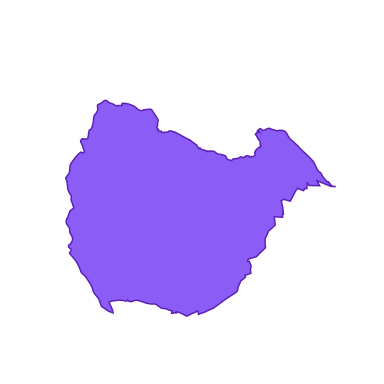 Doclin, Caras-Severin, Romania (Albers equal-area conic projection), rotated 159°
{"feature_id": "2599482B42660116166173", "entity_name": "Doclin", "entity_type": "district", "adm_level": 2, "iso_a3": "ROU", "parent_name": "Romania", "parent_adm1": "Caras-Severin", "projection": "albers", "projection_center": [21.618, 45.308], "detail": "fine", "context": "isolated", "style": "filled", "palette": "violet", "viewbox_px": 384, "rotation_deg": 159, "n_neighbors": 0, "source": "geoboundaries", "source_scale": "gbopen_adm2", "svg_char_len": 5979}
<svg xmlns="http://www.w3.org/2000/svg" viewBox="0 0 384 384"><g transform="rotate(159 192 192)"><path d="M255.7,298.5L256.3,297.7L257.6,295.8L258.1,294.6L258.5,293.7L259.0,292.8L259.6,291.9L260.1,291.1L260.7,290.2L262.0,288.6L263.6,286.9L265.6,286.6L266.8,285.1L267.6,283.6L268.4,282.1L269.3,280.6L270.2,279.2L272.4,279.5L275.6,281.1L277.6,279.9L277.9,278.5L277.8,276.6L277.7,274.7L277.7,272.8L277.8,270.9L278.0,269.2L278.4,267.7L279.8,267.5L280.2,268.0L280.7,268.4L281.2,268.8L281.7,269.1L283.1,268.6L284.5,268.0L285.9,267.4L287.2,266.7L289.6,265.4L292.8,263.3L294.5,262.2L296.0,260.9L299.6,253.9L300.8,253.0L302.1,252.2L303.3,251.4L304.7,250.7L305.0,249.2L305.0,246.1L306.8,239.9L306.8,238.8L306.9,237.6L306.9,236.5L306.8,235.4L306.7,234.6L306.0,232.1L307.8,227.6L307.8,225.7L307.8,223.7L307.9,221.8L308.0,219.9L308.7,219.0L309.8,218.9L310.9,218.7L311.9,218.3L312.9,217.8L314.0,216.6L315.1,215.4L316.1,214.1L317.0,212.7L318.1,212.3L319.4,210.8L319.7,210.3L320.0,209.7L320.2,209.1L320.4,208.4L320.5,207.7L320.4,206.6L320.1,205.5L319.8,204.4L319.4,203.3L319.6,201.1L320.6,198.0L320.0,193.6L320.1,191.2L321.5,189.1L324.3,186.9L325.7,186.8L326.6,186.2L326.8,185.0L326.6,184.2L326.3,183.5L325.9,182.7L325.4,182.0L325.5,180.9L326.1,180.4L326.8,179.9L327.5,179.5L328.2,179.2L328.1,178.1L325.0,169.1L324.2,162.7L324.3,157.4L323.8,155.4L321.6,151.0L319.8,142.3L319.6,140.5L319.5,138.6L319.6,136.8L319.8,134.9L319.4,132.0L317.8,127.2L317.4,125.3L317.5,117.6L312.4,110.4L309.0,107.4L308.8,108.7L308.6,109.9L308.5,111.1L308.5,112.4L308.5,112.8L308.7,114.4L308.9,116.1L308.9,117.5L308.9,119.0L306.0,119.0L301.7,117.8L299.7,117.6L295.4,115.5L292.4,113.6L290.8,114.3L290.8,113.5L290.4,113.2L290.2,112.9L290.1,112.7L289.7,112.9L288.9,112.1L289.0,111.8L287.1,111.2L285.9,111.3L284.7,111.3L283.5,111.1L282.4,110.9L280.4,109.4L278.4,107.9L276.5,106.4L274.7,104.7L270.0,101.9L266.9,100.9L265.4,99.4L262.4,94.7L257.8,92.0L255.2,89.5L253.1,88.3L254.5,86.1L253.4,85.7L252.9,85.7L252.7,85.7L251.7,85.6L250.8,85.8L250.5,85.7L250.6,85.3L250.4,85.0L250.4,84.7L249.4,84.7L249.2,85.5L248.3,85.2L245.0,82.1L241.4,77.9L239.1,78.2L236.8,78.4L234.5,78.6L232.2,78.6L229.3,78.9L229.6,76.3L229.8,75.4L227.2,75.5L222.7,75.3L220.4,75.6L213.5,75.9L199.7,79.7L194.0,81.0L187.2,82.4L185.0,83.5L184.1,84.9L183.6,85.6L183.5,86.4L181.6,88.1L177.9,91.8L177.0,91.9L176.2,92.0L174.7,92.7L172.9,93.2L172.5,93.5L172.5,95.2L166.1,95.0L166.0,96.4L165.2,98.3L164.7,99.8L163.6,101.0L163.3,102.5L163.3,105.2L163.4,106.9L164.7,107.1L164.4,108.7L163.7,109.0L162.5,109.2L155.3,108.5L144.0,113.4L143.3,113.7L142.5,117.0L141.5,119.7L140.2,122.6L138.0,124.5L134.5,128.1L126.3,131.2L125.6,133.3L124.0,139.5L116.6,135.9L115.3,138.9L114.6,138.6L112.8,145.0L111.8,151.9L109.0,152.3L103.5,148.2L96.0,154.9L92.4,157.6L87.3,153.3L85.2,155.0L83.7,153.9L81.2,158.9L80.3,156.1L70.6,152.1L71.3,157.7L60.2,147.4L55.8,145.5L57.1,146.2L57.9,146.5L59.2,147.3L59.3,147.4L59.4,147.7L59.9,149.0L60.6,151.4L60.7,151.9L60.8,152.3L61.0,152.6L61.3,152.9L61.7,153.1L62.1,153.2L62.5,153.2L62.5,153.9L62.6,154.2L63.1,155.8L64.3,158.8L64.3,159.5L64.6,160.8L64.6,161.0L64.7,161.5L64.7,162.6L64.8,163.1L65.2,163.9L65.3,164.4L65.8,165.0L66.2,165.5L66.5,166.3L66.7,166.6L66.8,167.1L66.9,167.7L67.2,171.1L67.2,171.9L67.8,177.0L70.0,182.4L72.9,188.5L73.7,190.2L74.6,192.1L75.5,194.0L76.6,197.0L78.5,200.8L79.5,202.8L80.0,203.8L81.5,206.6L81.6,207.2L81.7,207.7L82.3,210.0L82.4,212.3L83.0,214.4L84.2,216.2L86.3,217.5L88.6,218.3L91.1,218.8L92.8,220.3L94.7,221.6L96.4,223.4L97.8,224.1L99.7,224.1L101.4,223.8L102.9,223.7L104.0,224.5L104.8,225.7L105.4,226.7L106.0,226.7L107.8,226.2L108.7,225.9L108.3,224.9L107.5,223.2L108.3,223.7L109.4,224.8L109.7,224.7L111.2,223.7L111.4,223.6L112.0,223.3L112.2,223.1L112.2,222.7L111.8,222.3L111.6,222.1L111.6,221.9L111.6,221.1L111.4,219.4L111.2,217.5L110.3,214.7L110.7,213.4L111.3,212.5L111.3,212.0L111.3,211.1L111.3,210.7L111.2,210.0L111.4,209.9L111.7,209.9L112.0,209.7L112.3,209.4L112.7,209.5L113.0,209.8L113.9,209.5L116.8,208.5L117.9,207.8L119.4,206.2L119.6,205.2L119.5,204.9L119.8,203.8L120.7,203.4L121.5,203.4L122.3,203.1L123.1,203.2L123.7,203.6L124.0,203.6L124.1,204.0L125.7,204.0L125.9,204.2L125.9,204.9L126.1,205.3L126.5,205.7L127.2,205.8L128.3,206.3L130.1,206.1L130.2,205.8L131.0,205.6L132.6,206.3L133.5,207.2L134.6,207.4L135.0,207.3L135.8,206.9L136.4,206.8L137.5,206.9L137.8,207.4L138.4,207.4L138.8,207.1L139.5,207.5L140.1,207.4L140.4,207.5L140.9,207.9L141.0,208.1L142.2,208.0L142.9,207.6L143.5,207.4L144.3,207.4L144.9,208.0L146.0,208.8L147.4,210.0L147.5,210.9L147.5,211.7L147.5,212.2L147.5,212.7L148.0,214.0L149.9,215.6L154.7,218.6L155.8,220.4L156.4,221.5L157.4,222.5L157.9,222.7L158.6,222.8L159.0,223.2L160.8,223.9L161.0,223.8L161.4,224.1L161.7,223.9L161.8,224.0L162.3,224.1L162.6,224.5L162.9,224.2L163.9,224.7L163.9,224.9L163.9,225.2L164.1,225.6L165.0,226.2L167.8,228.4L168.8,229.7L168.8,230.4L170.2,230.0L170.3,231.3L170.6,232.0L170.6,233.8L172.8,237.1L175.7,241.9L176.0,241.7L176.1,241.8L176.9,242.9L186.5,254.1L189.6,256.4L191.1,257.1L191.8,257.1L192.2,256.8L192.9,256.6L193.4,256.6L193.9,257.0L194.7,257.2L195.0,257.2L195.4,257.1L195.7,257.1L196.2,257.2L196.2,257.4L196.3,257.6L196.6,257.7L197.0,257.9L197.3,257.9L197.8,258.2L198.3,258.4L198.8,258.5L199.1,258.8L199.3,259.2L199.0,259.9L199.9,260.2L200.5,260.4L200.8,260.5L201.4,261.0L201.7,261.4L200.8,262.3L200.9,262.5L201.1,262.6L201.4,262.7L201.4,263.4L201.5,264.0L202.0,264.7L200.4,266.3L200.1,267.0L199.3,269.1L198.6,269.9L198.3,270.3L198.1,270.7L197.9,271.2L197.8,271.7L198.3,274.7L198.9,277.5L199.5,280.4L200.2,283.2L201.3,284.3L206.1,285.7L207.8,286.1L209.0,285.8L210.5,286.2L212.3,287.7L215.1,292.6L219.2,296.6L221.9,298.2L224.2,299.5L225.5,299.7L225.9,299.3L226.2,298.8L226.3,298.3L226.3,297.8L232.5,300.1L233.7,301.9L236.8,304.7L237.8,305.9L239.0,308.0L239.9,308.6L241.2,308.7L245.1,307.4L247.7,307.4L248.2,307.3L248.9,307.1L249.2,306.8L250.6,302.4L251.2,301.6L253.6,299.7L255.3,299.0L255.7,298.5Z" fill="#8b5cf6" stroke="#5b21b6" stroke-width="1.5"/></g></svg>